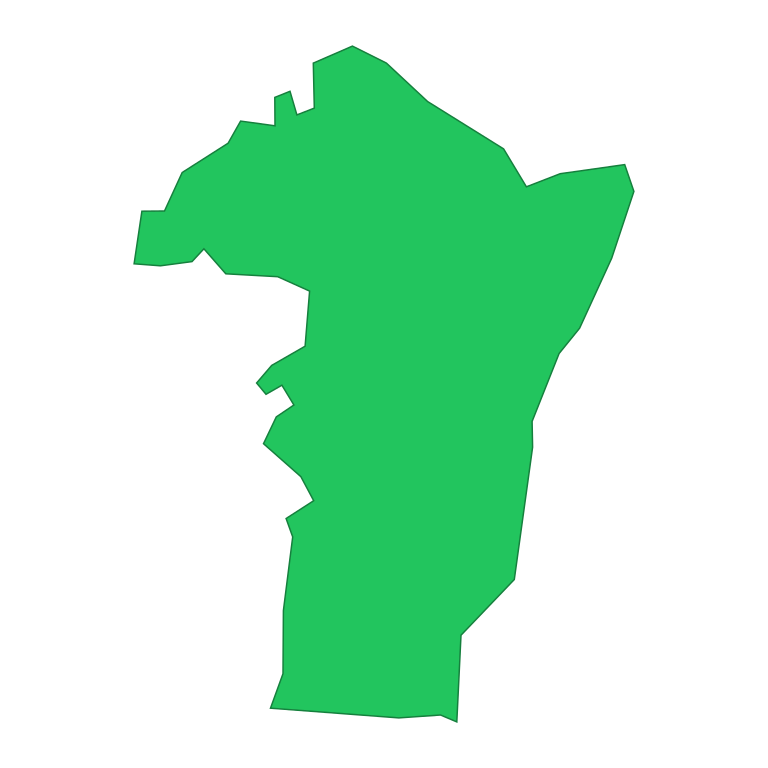 outline of Cheatham, Tennessee, United States of America
{"feature_id": "52423323B26737706677925", "entity_name": "Cheatham", "entity_type": "district", "adm_level": 2, "iso_a3": "USA", "parent_name": "United States of America", "parent_adm1": "Tennessee", "projection": "albers", "projection_center": [-87.13, 36.248], "detail": "fine", "context": "isolated", "style": "filled", "palette": "green", "viewbox_px": 768, "rotation_deg": 0, "n_neighbors": 0, "source": "geoboundaries", "source_scale": "gbopen_adm2", "svg_char_len": 751}
<svg xmlns="http://www.w3.org/2000/svg" viewBox="0 0 768 768"><path d="M134.1,263.8L160.4,265.8L192.0,261.6L203.9,248.8L225.8,273.8L277.7,276.7L309.6,291.1L305.1,346.2L271.7,365.4L256.6,383.0L266.0,394.3L281.9,385.2L293.9,405.0L276.3,416.9L263.5,443.7L300.9,476.7L313.7,500.7L286.1,518.5L292.7,536.9L283.4,610.6L283.0,673.7L270.5,708.2L398.8,717.9L440.5,715.0L456.8,721.9L461.0,635.2L514.3,579.5L532.6,447.2L532.1,421.4L559.1,353.5L579.6,328.2L611.7,258.2L633.9,191.4L624.7,164.6L560.2,173.7L526.4,186.8L503.6,148.9L427.7,101.6L386.4,63.1L352.4,46.1L313.3,63.1L314.3,108.1L296.9,114.9L290.0,91.3L274.8,97.4L275.0,125.8L240.6,121.1L228.1,143.2L182.2,172.5L164.5,211.0L141.9,211.2L134.1,263.8Z" fill="#22c55e" stroke="#15803d" stroke-width="1.5"/></svg>